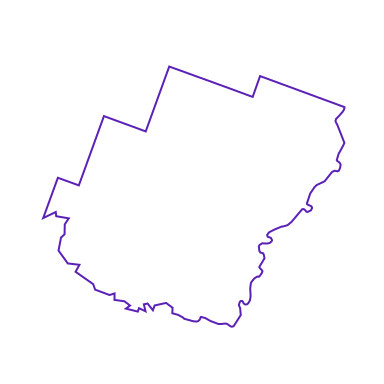 Tillman, Oklahoma, United States of America, rotated 290°
{"feature_id": "52423323B26295572620292", "entity_name": "Tillman", "entity_type": "district", "adm_level": 2, "iso_a3": "USA", "parent_name": "United States of America", "parent_adm1": "Oklahoma", "projection": "mercator", "projection_center": [-98.992, 34.381], "detail": "fine", "context": "isolated", "style": "outline", "palette": "violet", "viewbox_px": 384, "rotation_deg": 290, "n_neighbors": 0, "source": "geoboundaries", "source_scale": "gbopen_adm2", "svg_char_len": 2040}
<svg xmlns="http://www.w3.org/2000/svg" viewBox="0 0 384 384"><g transform="rotate(290 192 192)"><path d="M233.2,83.3L159.5,83.4L159.5,61.1L116.6,61.1L126.6,70.8L122.8,72.7L125.1,85.2L118.1,83.5L108.7,86.7L104.4,84.5L91.3,86.6L82.4,99.7L85.1,111.1L77.2,109.9L71.6,130.7L67.1,134.4L67.0,149.8L70.2,153.9L64.1,156.1L66.2,165.8L64.1,172.6L59.8,169.8L61.1,182.0L64.7,181.9L64.0,189.1L70.0,185.2L72.0,188.4L67.5,195.7L72.6,195.7L78.9,205.6L76.6,213.3L71.3,215.0L71.8,220.8L71.0,226.4L70.2,228.1L71.0,237.5L71.8,240.5L72.7,241.9L74.3,242.7L75.8,243.1L77.4,242.9L77.7,243.3L78.1,247.5L77.1,253.4L77.0,261.9L77.7,264.0L79.6,267.9L80.0,269.3L80.0,270.6L79.2,273.1L78.9,274.8L79.2,275.9L80.3,277.1L93.1,279.9L99.4,276.9L101.8,274.7L105.0,274.5L105.9,274.9L106.3,275.2L106.7,276.6L106.3,277.4L105.3,278.2L104.6,279.6L104.5,280.6L105.4,282.2L106.7,282.9L109.8,283.5L114.2,282.7L121.2,279.7L126.5,278.5L128.0,278.7L132.0,280.1L134.6,282.0L135.1,282.9L135.2,283.8L135.5,284.1L139.5,285.3L141.7,285.3L142.7,284.0L143.6,282.0L144.2,281.1L144.7,280.9L154.5,282.8L157.5,281.0L158.7,279.9L158.5,277.0L159.7,275.4L163.8,273.4L165.3,273.6L167.8,275.5L168.9,279.2L169.8,281.2L170.9,282.6L173.0,283.7L174.1,283.7L175.8,282.0L175.9,281.1L175.8,278.6L176.5,277.8L177.4,277.3L179.9,278.0L180.0,278.0L180.8,278.5L185.1,282.5L190.2,288.1L190.5,288.9L192.3,291.5L193.3,292.8L194.3,293.6L198.1,295.8L213.4,301.4L214.0,302.2L214.1,303.2L213.7,304.5L212.6,306.2L212.6,306.9L213.3,308.0L215.4,310.0L217.8,310.3L218.8,309.9L219.5,308.4L219.7,304.9L220.0,304.2L220.7,303.9L231.0,303.6L238.6,305.5L241.2,306.8L247.5,313.0L258.6,316.7L260.2,318.1L260.7,318.8L261.1,320.5L261.1,321.5L262.2,322.7L265.4,322.9L268.5,322.3L269.6,321.3L270.5,319.5L270.7,318.3L271.2,317.3L271.7,317.1L278.8,316.7L279.4,317.0L287.6,318.2L290.3,318.4L304.8,305.6L306.9,303.2L308.0,302.5L310.0,302.4L313.2,303.9L319.1,306.2L321.2,306.6L323.2,306.5L323.9,306.2L324.2,216.3L302.1,216.5L302.2,179.5L302.1,127.7L292.2,127.7L233.1,127.8L233.2,83.3Z" fill="none" stroke="#5b21b6" stroke-width="2"/></g></svg>